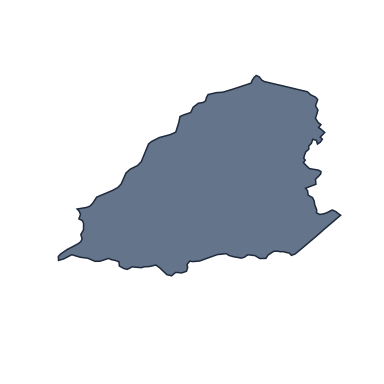 Verdejante, Pernambuco, Brazil (Equal Earth projection), rotated 252°
{"feature_id": "56859067B79856734392971", "entity_name": "Verdejante", "entity_type": "district", "adm_level": 2, "iso_a3": "BRA", "parent_name": "Brazil", "parent_adm1": "Pernambuco", "projection": "equal_earth", "projection_center": [-39.001, -7.953], "detail": "fine", "context": "isolated", "style": "filled", "palette": "slate", "viewbox_px": 384, "rotation_deg": 252, "n_neighbors": 0, "source": "geoboundaries", "source_scale": "gbopen_adm2", "svg_char_len": 2014}
<svg xmlns="http://www.w3.org/2000/svg" viewBox="0 0 384 384"><g transform="rotate(252 192 192)"><path d="M208.5,78.8L205.0,79.0L201.4,76.1L198.7,78.9L195.7,79.2L189.5,77.1L185.9,73.1L181.4,73.0L179.1,70.8L178.0,67.7L175.9,55.6L173.6,47.8L172.0,45.0L168.2,43.9L168.0,49.2L169.5,58.3L164.5,65.5L161.3,72.3L156.0,78.4L154.6,83.0L154.6,92.1L152.6,94.4L150.7,97.8L148.1,101.0L144.1,100.0L140.2,103.6L138.4,106.6L139.3,111.9L135.7,120.3L135.6,123.6L134.3,128.2L133.7,135.1L130.1,137.7L121.1,142.6L118.6,146.7L120.6,151.6L118.2,157.3L118.3,162.2L121.6,164.6L124.6,164.9L126.9,168.5L125.5,171.4L124.0,178.0L124.2,183.6L124.5,192.2L124.6,196.9L122.7,205.7L120.4,207.3L117.6,211.5L115.9,214.8L113.9,218.3L113.8,221.5L115.0,225.8L112.0,232.3L107.8,235.9L106.0,241.8L108.5,244.8L110.3,251.2L109.5,254.5L107.9,257.6L107.0,260.6L105.4,262.9L103.9,265.6L101.0,267.0L101.2,270.9L103.8,277.6L112.2,298.1L115.2,304.9L124.0,326.2L126.0,324.6L128.9,322.8L131.6,319.8L130.6,313.7L130.6,310.2L131.2,306.5L133.7,304.0L136.5,305.1L141.9,304.8L145.9,305.4L149.4,304.9L153.1,301.5L157.4,302.3L160.5,301.2L161.1,312.3L166.0,313.4L167.8,317.2L169.5,320.1L171.6,321.0L173.7,319.1L178.0,310.9L181.3,309.1L185.5,307.1L187.3,309.6L189.5,308.7L192.3,310.4L194.9,312.5L196.7,316.4L199.7,317.3L201.4,320.6L204.8,323.1L202.6,326.3L198.8,326.1L199.7,329.3L201.9,332.3L204.5,330.9L207.6,336.6L212.3,333.8L214.1,332.3L216.3,335.5L219.0,333.5L224.0,332.2L227.4,334.7L231.0,337.1L235.8,336.1L241.0,340.1L244.0,338.8L247.7,335.0L251.7,332.7L274.6,295.1L276.6,293.1L280.9,291.4L283.0,289.1L281.8,286.5L279.6,283.7L277.3,281.9L277.2,262.8L277.4,252.1L279.0,245.8L279.7,237.4L277.4,234.9L274.5,233.1L273.7,230.0L274.5,225.5L272.3,219.4L268.0,215.3L267.9,207.7L267.5,203.9L262.0,200.8L253.9,195.0L253.3,188.7L253.9,177.8L252.5,168.9L251.1,165.5L236.5,153.1L234.0,148.4L232.8,140.3L230.5,135.1L221.6,127.2L219.3,123.2L218.1,117.2L216.6,99.8L212.0,94.1L210.1,90.6L209.9,87.0L211.3,77.5L208.5,78.8Z" fill="#64748b" stroke="#1e293b" stroke-width="1.5"/></g></svg>